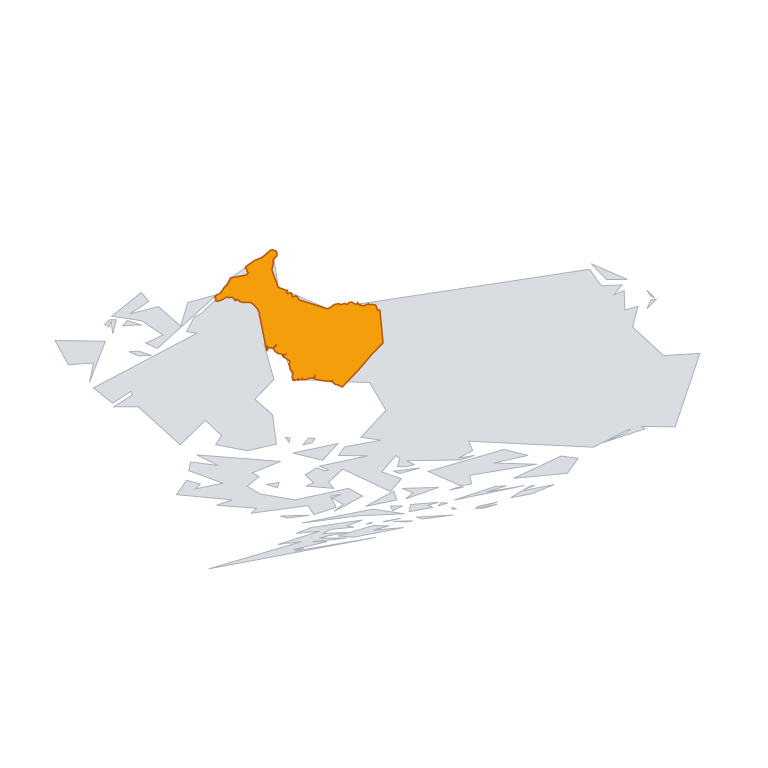 Canada, with Ontario highlighted, rotated 170°
{"feature_id": "CAN-682", "entity_name": "Ontario", "entity_type": "Province", "adm_level": 1, "iso_a3": "CAN", "parent_name": "Canada", "parent_adm1": "", "projection": "equal_earth", "projection_center": [-83.246, 49.265], "detail": "medium", "context": "in_parent", "style": "filled", "palette": "amber", "viewbox_px": 768, "rotation_deg": 170, "n_neighbors": 0, "source": "natural_earth", "source_scale": "10m", "svg_char_len": 5657}
<svg xmlns="http://www.w3.org/2000/svg" viewBox="0 0 768 768"><g transform="rotate(170 384 384)"><path d="M129.3,396.9L103.9,363.5L67.6,359.3L104.7,291.2L137.3,297.4L134.6,294.6L177.8,288.3L155.4,293.7L149.4,296.3L150.5,297.0L188.8,285.4L310.4,312.9L308.3,303.1L323.6,298.0L307.1,298.0L321.4,295.9L375.1,304.5L368.2,299.5L376.2,298.6L385.1,300.3L381.2,308.3L384.9,311.4L401.4,297.8L383.2,287.7L396.5,277.1L439.5,307.5L455.6,296.8L451.8,290.0L478.5,297.0L470.3,298.9L477.3,308.2L464.8,313.1L457.6,308.9L455.6,308.5L453.8,309.3L461.8,314.2L412.7,316.1L441.1,321.5L433.7,328.9L396.6,329.2L415.9,335.6L386.6,357.7L397.8,387.8L472.1,404.2L476.4,430.2L495.2,444.0L491.6,407.7L513.9,391.5L499.1,373.0L500.4,343.5L530.2,342.0L560.2,353.5L552.9,361.5L566.2,379.3L595.2,359.6L629.9,404.2L654.0,408.5L633.6,417.0L634.7,420.6L654.7,412.3L670.9,430.6L559.6,466.4L569.4,469.9L558.9,482.9L551.8,485.2L535.9,495.6L516.9,515.1L470.4,535.5L471.3,497.5L426.5,467.9L161.7,461.3L153.0,443.0L132.3,440.3L142.3,431.8L131.2,434.3L134.0,415.1L120.4,416.3L129.3,396.9ZM445.3,282.8L456.2,282.7L452.6,270.8L475.7,267.6L480.0,277.5L537.0,279.8L531.4,283.9L569.9,293.7L553.7,296.3L607.6,311.1L595.0,323.4L582.2,317.4L587.7,313.5L559.9,314.3L591.3,332.5L588.0,340.8L561.3,332.5L580.7,346.7L499.3,325.7L529.2,319.4L523.2,314.5L536.6,307.0L525.2,297.3L491.8,285.3L437.0,287.4L424.5,277.3L455.3,267.2L445.2,272.7L455.0,280.8L445.3,282.8ZM418.6,234.4L588.7,232.4L492.5,243.1L516.3,244.4L472.8,250.2L496.4,252.2L480.2,255.3L429.0,253.8L445.2,250.7L438.4,248.2L458.7,249.9L463.8,249.6L469.6,247.3L445.5,244.2L465.7,244.2L474.4,243.4L447.5,238.8L481.6,241.1L467.3,238.6L501.8,236.8L491.4,236.5L501.5,235.0L418.6,234.4ZM247.3,278.4L315.4,279.2L315.2,270.5L325.8,270.3L355.6,290.2L277.4,298.7L254.5,288.7L289.6,287.1L247.3,278.4ZM592.6,499.3L574.1,476.2L563.1,498.3L533.0,501.0L600.9,458.5L611.4,465.5L593.1,470.7L611.7,488.4L640.3,498.0L607.1,516.2L601.3,506.1L621.9,497.3L592.6,499.3ZM218.9,264.2L272.7,268.6L222.0,282.3L205.9,277.1L218.9,264.2ZM389.3,239.2L440.9,238.4L455.6,242.3L418.9,246.5L403.5,243.4L420.0,241.9L389.3,239.2ZM386.4,252.6L432.5,258.7L488.7,261.3L416.8,262.7L386.4,252.6ZM263.1,259.6L335.1,257.5L291.6,263.8L281.0,262.5L301.7,259.8L263.1,259.6ZM673.7,436.7L666.6,455.1L691.5,457.9L700.4,484.0L651.0,474.5L673.7,436.7ZM348.1,272.7L382.8,267.1L374.1,271.6L384.2,278.0L348.1,272.7ZM439.7,333.4L457.7,319.6L485.7,331.8L439.7,333.4ZM391.6,267.6L423.3,266.7L393.0,276.8L391.6,267.6ZM278.8,250.0L267.1,254.8L233.7,255.4L258.2,250.2L278.8,250.0ZM381.5,253.9L378.6,260.7L350.8,258.0L361.7,257.0L357.6,254.0L381.5,253.9ZM338.5,242.9L369.9,244.4L375.2,247.3L338.5,242.9ZM126.2,444.7L146.8,448.3L158.9,466.4L126.2,444.7ZM480.2,267.7L502.2,268.7L509.1,272.0L480.2,267.7ZM363.2,295.1L384.0,293.1L390.0,296.5L363.2,295.1ZM397.4,257.8L398.8,262.7L386.9,260.7L397.4,257.8ZM385.0,244.2L398.6,247.0L379.5,244.3L385.0,244.2ZM507.2,300.4L517.4,305.6L504.4,305.2L507.2,300.4ZM298.6,247.3L314.1,247.1L292.6,248.1L298.6,247.3ZM337.8,268.2L327.8,269.7L323.5,268.6L337.8,268.2ZM642.3,480.7L642.0,493.4L644.7,487.7L648.9,491.2L642.7,495.0L636.5,493.7L642.3,480.7ZM307.7,244.4L316.0,245.8L293.3,245.9L307.7,244.4ZM629.5,460.1L619.8,458.9L608.1,452.5L620.6,454.2L629.5,460.1ZM474.2,338.3L467.4,344.0L461.4,342.3L465.0,338.6L474.2,338.3ZM101.3,420.1L111.9,412.5L106.6,420.6L101.3,420.1ZM390.6,248.8L406.2,248.2L408.8,248.7L390.6,248.8ZM352.0,254.6L347.9,257.2L341.9,255.6L352.0,254.6ZM612.3,483.9L618.1,485.2L631.1,486.6L625.6,491.1L612.3,483.9ZM487.7,343.0L490.2,348.5L486.1,347.1L487.7,343.0ZM265.2,255.6L256.4,258.3L253.2,257.9L265.2,255.6ZM425.9,249.0L421.0,250.1L420.0,249.1L425.9,249.0ZM338.5,248.8L338.5,250.7L334.2,248.4L338.5,248.8ZM102.3,421.7L105.7,424.1L109.0,430.9L102.3,421.7Z" fill="#d9dde1" stroke="#a8b0b8" stroke-width="1"/><path d="M419.0,471.0L414.5,471.0L413.0,469.7L408.2,470.1L407.3,468.6L404.1,470.2L401.8,470.4L398.2,467.5L396.5,467.6L395.8,468.7L395.0,466.6L393.4,466.5L393.8,465.6L391.5,464.9L389.2,464.7L385.3,465.8L384.5,464.6L381.8,464.5L378.4,463.2L377.6,458.1L375.2,457.4L377.8,424.7L389.8,416.1L407.1,401.9L425.6,388.3L429.6,391.1L432.0,392.0L434.7,395.2L434.4,395.8L435.3,395.5L436.3,395.8L436.3,396.3L439.0,396.5L446.7,398.9L452.3,401.6L450.3,403.8L450.1,404.8L451.7,402.6L452.8,402.1L456.0,402.6L460.9,401.9L463.2,402.7L463.6,403.1L463.4,403.4L463.6,403.6L463.6,403.1L463.4,402.7L462.5,402.3L466.3,403.0L467.8,402.6L468.4,403.2L468.0,403.8L470.2,403.2L472.6,404.1L472.3,403.3L473.1,403.7L472.9,405.3L473.5,406.3L471.7,410.5L472.2,412.7L473.2,413.2L474.1,415.5L473.4,417.4L474.2,420.3L473.2,421.0L472.9,423.3L474.8,424.5L475.7,426.0L478.4,428.1L479.0,429.5L476.5,429.9L476.0,430.5L478.8,430.1L479.9,431.4L482.8,432.3L485.7,435.1L487.0,438.4L482.6,441.5L483.2,441.3L483.1,441.7L483.9,440.6L487.3,438.5L490.3,439.4L493.9,442.3L494.7,474.9L494.2,476.3L495.3,478.1L495.4,479.9L499.2,485.5L501.1,487.4L509.5,489.0L511.8,490.3L512.9,492.0L514.8,493.0L515.4,492.8L515.3,492.0L516.1,492.0L517.8,495.3L520.0,496.2L522.3,495.8L524.0,497.1L528.3,495.1L533.2,494.3L535.2,495.2L534.7,497.8L535.8,498.8L533.0,501.0L531.5,501.0L528.7,502.4L524.2,507.1L522.0,508.1L519.7,510.4L516.8,515.1L501.6,515.2L498.3,516.8L499.2,518.7L499.5,521.5L500.5,522.4L499.6,523.7L489.9,528.2L481.7,529.9L472.5,535.5L470.5,535.6L467.3,533.7L466.6,531.6L467.2,528.9L471.6,525.6L472.5,521.1L474.6,515.6L471.4,497.6L464.0,493.2L462.8,493.1L464.2,490.8L463.0,489.7L460.3,490.2L459.2,488.6L458.8,486.5L459.1,485.6L455.6,486.2L454.0,484.5L453.2,481.8L426.7,467.9L424.4,468.4L419.0,471.0ZM493.9,442.1L492.1,439.9L492.4,438.0L493.7,437.4L493.9,442.1Z" fill="#f59e0b" stroke="#b45309" stroke-width="1.5"/></g></svg>